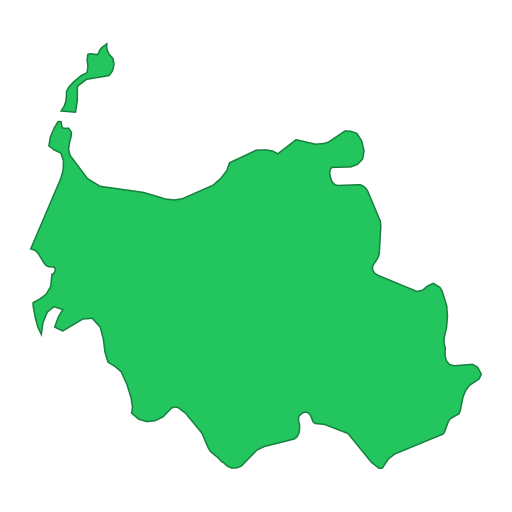 SVG path tracing the border of Sassari
{"feature_id": "ITA-5374", "entity_name": "Sassari", "entity_type": "Province", "adm_level": 1, "iso_a3": "ITA", "parent_name": "Italy", "parent_adm1": "", "projection": "albers", "projection_center": [8.617, 40.716], "detail": "fine", "context": "isolated", "style": "filled", "palette": "green", "viewbox_px": 512, "rotation_deg": 0, "n_neighbors": 0, "source": "natural_earth", "source_scale": "10m", "svg_char_len": 2500}
<svg xmlns="http://www.w3.org/2000/svg" viewBox="0 0 512 512"><path d="M131.6,413.1L132.5,407.2L131.0,397.6L126.8,384.0L121.2,371.8L115.1,366.5L108.0,362.2L104.9,351.8L103.3,338.9L100.3,327.3L92.3,318.3L82.8,319.0L62.7,331.0L54.7,327.1L58.4,316.9L62.8,309.5L53.8,306.7L47.2,312.3L43.0,322.7L41.3,334.4L37.9,327.2L35.6,319.2L33.1,305.8L33.1,302.6L39.8,299.0L46.2,294.2L50.7,286.5L52.0,274.1L53.1,274.2L54.8,271.6L55.6,268.6L53.5,267.0L48.3,266.7L46.3,265.5L44.0,263.1L38.4,253.7L35.4,250.5L30.7,248.9L60.8,178.5L63.1,170.2L63.5,160.8L60.9,153.1L54.1,149.9L48.9,145.9L50.3,137.1L54.5,127.5L58.1,121.6L61.0,121.6L62.2,127.8L65.1,128.4L68.6,128.2L71.4,132.3L71.1,136.6L69.5,142.8L68.6,149.4L70.1,155.4L87.5,178.6L100.1,186.3L143.8,192.5L165.7,199.1L174.7,200.0L182.4,198.7L212.9,185.3L220.7,178.5L226.9,170.5L229.5,162.8L256.2,150.2L265.9,149.9L272.6,151.0L277.8,153.8L296.1,139.7L315.4,144.2L323.4,143.6L328.3,142.2L344.6,131.2L346.5,130.8L348.0,131.3L350.4,131.2L356.8,133.4L361.7,141.0L364.0,150.7L362.6,159.1L357.5,164.4L350.7,166.9L332.1,167.4L330.4,169.1L329.7,172.4L330.1,176.0L331.1,179.6L332.8,182.7L335.0,184.7L337.5,185.5L359.8,184.7L362.7,185.7L365.3,187.8L367.5,190.7L380.3,221.1L380.8,226.2L379.2,254.1L378.0,257.7L372.8,265.7L372.4,269.0L374.4,273.0L377.9,275.3L416.7,291.4L422.4,290.3L427.6,286.0L433.2,283.3L439.8,287.3L442.1,291.0L446.7,305.7L447.5,316.3L446.6,326.9L444.2,337.8L444.0,343.0L445.3,348.1L445.0,354.9L446.2,360.5L449.2,364.3L454.2,365.8L472.5,364.3L477.7,367.3L481.3,374.2L479.1,378.9L469.3,385.5L465.7,390.5L463.0,397.0L460.2,410.9L458.8,413.9L450.1,418.8L448.0,422.4L444.8,431.3L443.4,433.9L394.5,454.1L388.1,459.3L382.3,468.2L378.9,468.2L371.4,462.3L348.0,433.5L324.4,424.4L315.3,423.5L313.5,422.3L312.7,420.9L310.5,415.3L308.8,413.4L306.9,412.4L304.8,412.2L302.6,412.9L298.6,416.5L298.6,420.9L299.7,426.1L299.2,432.4L297.1,436.7L294.5,438.9L264.4,446.5L257.0,450.0L241.3,466.1L236.7,467.9L231.8,468.1L227.7,466.4L223.3,462.5L221.5,461.7L219.0,458.6L210.6,451.6L208.3,448.0L201.8,433.0L185.8,413.5L178.1,407.6L174.5,406.9L171.3,408.3L163.0,416.9L155.1,420.7L146.7,421.6L138.7,419.2L131.6,413.1ZM86.6,79.3L77.4,86.3L77.3,100.6L75.5,112.2L61.1,111.0L64.2,106.2L65.8,101.4L66.4,96.4L66.5,91.5L68.7,87.3L73.6,81.9L81.2,75.5L87.0,72.8L87.9,66.7L87.1,59.6L87.9,54.3L90.5,53.7L97.4,54.6L98.9,52.6L99.7,50.1L101.8,47.6L106.8,43.8L106.7,47.8L107.5,50.8L109.2,54.4L112.9,58.4L114.0,64.4L112.6,70.7L109.1,75.6L86.6,79.3Z" fill="#22c55e" stroke="#15803d" stroke-width="1.5"/></svg>